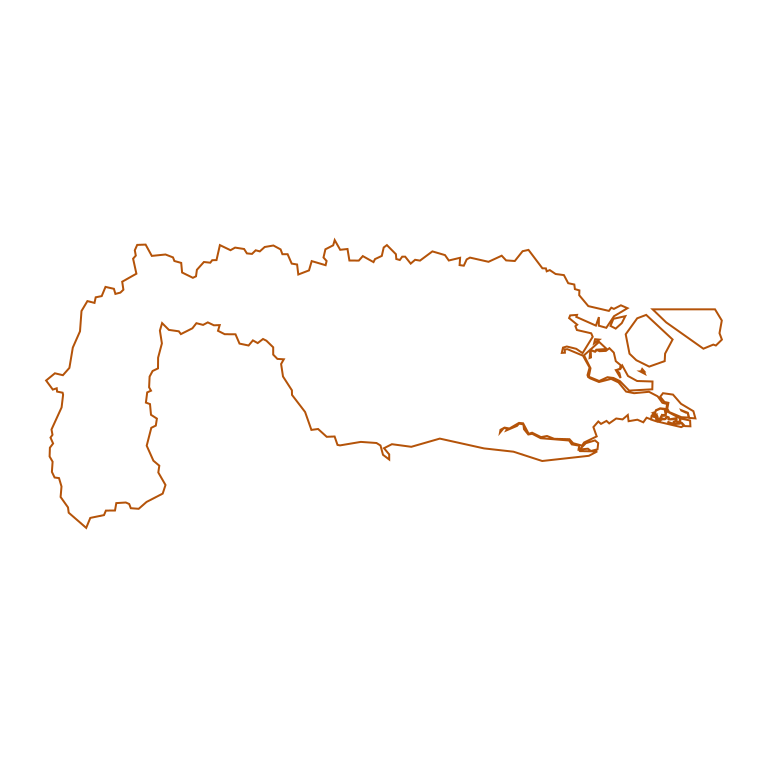 outline of Nunukan, Kalimantan Timur, Indonesia
{"feature_id": "22746128B24707766174966", "entity_name": "Nunukan", "entity_type": "district", "adm_level": 2, "iso_a3": "IDN", "parent_name": "Indonesia", "parent_adm1": "Kalimantan Timur", "projection": "mercator", "projection_center": [117.147, 3.905], "detail": "fine", "context": "isolated", "style": "outline", "palette": "amber", "viewbox_px": 768, "rotation_deg": 0, "n_neighbors": 0, "source": "geoboundaries", "source_scale": "gbopen_adm2", "svg_char_len": 6109}
<svg xmlns="http://www.w3.org/2000/svg" viewBox="0 0 768 768"><path d="M389.2,459.5L389.2,454.4L384.0,448.2L391.9,444.2L411.3,446.8L439.8,438.6L484.0,448.4L513.5,451.7L542.2,461.0L588.9,455.8L597.2,451.4L579.9,451.1L578.5,449.3L579.4,445.7L571.8,444.4L569.1,440.5L540.7,438.2L532.2,433.8L528.3,434.5L524.0,429.2L523.4,424.4L519.1,423.6L517.0,425.9L506.4,430.4L507.4,428.7L503.8,428.0L500.0,432.6L500.5,429.8L504.6,427.6L509.4,428.5L519.0,422.9L523.1,423.3L528.7,433.8L532.1,432.7L541.0,437.1L547.0,436.0L554.2,438.8L569.5,439.2L573.1,443.2L582.0,445.6L584.1,442.5L596.7,436.4L593.4,427.1L598.3,421.5L601.0,423.9L606.5,420.9L609.2,423.4L616.2,418.5L622.6,419.4L627.8,415.0L628.6,421.2L637.4,419.7L643.3,422.3L646.6,417.7L651.1,419.4L651.5,416.0L652.6,414.7L652.8,414.9L652.9,415.2L652.7,415.8L654.1,415.7L654.2,416.8L656.9,416.4L655.0,416.2L654.8,415.4L655.8,414.4L654.0,414.4L653.1,413.4L653.2,412.7L655.2,412.1L655.9,410.2L660.1,408.3L664.8,408.8L666.2,409.9L667.1,404.0L662.4,402.8L657.6,396.3L649.0,391.8L634.1,393.2L626.1,391.6L618.5,382.4L611.1,378.9L599.0,382.0L590.2,378.4L588.1,377.0L587.5,375.1L589.6,367.6L583.0,355.7L567.5,349.2L564.7,349.4L564.9,352.7L561.8,352.9L563.0,347.6L566.8,346.5L576.2,348.8L582.6,353.1L592.7,336.8L591.2,333.3L576.9,330.0L575.4,326.2L577.2,324.7L569.1,318.1L570.2,315.4L577.0,314.9L576.3,316.9L595.9,325.6L598.9,317.1L598.8,325.7L606.3,327.8L614.0,316.2L627.5,308.2L620.9,305.3L613.9,308.9L611.3,307.7L608.9,310.9L588.3,306.1L579.2,295.2L579.4,290.4L574.9,289.1L574.3,284.5L568.2,283.2L563.9,275.1L555.6,274.0L549.8,270.1L546.7,271.3L545.9,268.4L542.4,268.3L528.5,249.9L522.6,251.2L514.8,261.0L506.1,260.4L501.7,255.7L488.5,261.8L470.0,257.6L466.7,259.4L463.8,265.7L459.6,265.1L460.1,257.8L448.8,260.5L445.0,255.1L432.4,251.4L420.0,260.6L415.1,259.8L410.7,263.6L405.2,256.7L402.2,256.7L399.8,260.0L396.3,259.0L395.9,254.2L386.9,245.1L383.7,247.5L381.8,255.9L375.0,259.1L373.5,262.1L362.8,256.1L358.8,260.6L349.4,260.5L347.5,249.0L340.2,249.8L334.7,240.1L333.2,245.3L325.4,249.3L323.5,257.5L326.6,261.0L325.6,265.2L311.7,261.1L309.0,270.4L298.3,274.5L297.1,264.5L291.7,263.6L287.6,254.2L282.4,254.2L280.6,249.4L273.4,245.5L264.7,247.0L259.8,251.4L255.7,250.3L252.0,253.9L246.9,253.4L244.1,249.0L235.1,247.6L230.5,250.2L219.9,245.1L216.5,260.1L212.2,260.2L210.3,262.7L203.9,262.0L196.9,269.8L196.0,276.3L192.9,277.8L182.1,272.5L181.2,262.9L174.4,261.0L173.0,257.4L165.5,254.5L151.8,255.9L145.6,244.6L137.2,244.9L134.8,250.3L135.8,255.6L133.1,258.7L136.4,273.7L122.2,281.7L123.4,289.7L120.4,292.6L115.4,293.9L113.9,288.8L105.5,286.9L101.7,296.1L95.7,297.3L94.5,302.9L87.4,301.1L81.5,311.0L80.0,331.3L72.8,347.6L69.4,367.9L62.9,375.2L54.9,373.3L46.1,380.5L52.8,389.6L56.7,388.3L57.1,391.6L62.6,392.7L63.1,394.7L61.6,407.4L51.5,429.5L52.5,434.8L50.5,437.6L53.1,443.5L49.9,447.7L49.6,456.5L52.6,461.7L51.9,471.9L54.6,477.5L59.0,478.1L61.5,486.5L60.6,497.0L68.0,507.4L68.7,512.7L86.2,527.9L90.3,517.9L104.0,515.1L105.9,510.6L115.0,510.5L116.3,503.1L125.8,502.5L129.2,504.0L130.8,508.2L138.7,508.8L146.6,501.9L162.7,493.6L165.5,485.0L158.3,472.5L159.3,465.7L153.4,460.7L146.7,445.7L151.3,427.8L155.8,425.6L156.9,418.6L151.0,414.8L150.0,404.1L145.9,402.6L147.2,392.4L151.0,390.7L149.1,387.3L149.6,376.6L152.6,371.0L158.0,368.4L158.1,357.7L161.9,343.4L159.9,330.6L162.1,323.1L168.9,329.9L178.8,331.3L180.9,334.1L192.4,328.3L196.4,323.2L203.1,324.9L207.8,322.4L213.9,325.3L219.7,325.1L218.0,330.8L224.7,334.2L235.5,334.3L239.5,343.6L248.6,345.5L252.9,340.4L257.7,343.1L263.0,339.0L266.4,340.7L273.2,347.3L273.2,354.6L277.4,358.9L283.8,359.3L281.1,364.0L283.0,376.5L291.9,390.3L292.0,394.9L305.1,412.0L311.4,429.9L318.1,429.0L326.7,436.8L334.6,436.5L337.5,444.9L340.0,445.4L360.8,441.9L376.5,443.0L380.5,445.5L383.0,454.8L389.2,459.5ZM715.0,309.3L652.6,309.3L666.2,322.4L703.4,348.7L713.3,344.6L715.9,345.5L721.9,339.6L719.5,333.2L721.8,320.5L715.0,309.3ZM646.2,314.9L637.2,318.3L625.7,334.3L629.5,353.7L636.3,360.2L649.2,366.6L664.7,361.1L665.1,353.6L672.6,339.5L646.2,314.9ZM606.7,349.0L599.1,341.9L584.0,355.3L590.5,368.2L588.8,376.7L599.2,381.0L607.5,377.2L613.5,378.0L619.9,381.1L629.2,390.6L652.3,389.3L652.5,381.5L637.1,381.0L628.0,376.0L622.3,365.6L620.3,369.1L616.3,370.0L619.4,373.0L620.6,378.0L615.9,370.2L620.0,368.7L620.6,365.1L615.8,361.2L613.8,352.6L609.4,348.2L605.9,350.9L599.5,351.2L596.9,350.0L595.1,351.8L590.7,350.3L591.0,357.4L589.6,358.0L590.4,349.9L595.0,351.5L596.3,349.7L606.7,349.0ZM673.0,394.6L663.0,393.2L660.2,396.8L664.5,402.0L668.4,402.8L667.3,408.6L669.1,412.0L681.4,417.2L688.7,417.6L687.6,412.8L686.0,412.7L681.3,410.5L681.1,410.1L687.9,412.8L689.2,417.9L695.4,418.4L693.4,411.2L681.0,403.8L673.0,394.6ZM615.7,328.6L621.8,323.1L625.3,316.2L613.4,318.8L610.5,325.9L615.7,328.6ZM597.5,449.3L598.2,443.1L595.0,440.4L585.8,443.2L579.6,449.5L587.9,448.7L590.9,451.0L597.5,449.3ZM672.1,419.4L668.8,419.5L668.3,419.1L668.5,417.4L667.0,416.9L665.5,419.1L663.9,419.4L661.6,418.5L661.3,419.8L658.5,421.8L681.2,427.1L683.7,425.9L681.4,423.0L679.5,423.7L674.9,424.0L674.2,423.6L673.9,422.3L673.5,423.7L672.7,423.9L667.4,421.7L673.0,423.7L673.7,421.8L674.6,422.2L674.6,423.8L679.7,423.3L675.2,420.8L676.1,418.4L672.1,419.4ZM669.3,419.3L676.1,418.2L676.7,419.1L675.4,420.7L679.8,422.3L679.9,418.3L666.5,411.1L665.7,415.3L663.9,415.9L662.0,415.1L661.8,416.5L661.1,417.6L660.4,418.1L664.9,419.1L666.5,416.9L667.4,416.8L668.7,417.3L669.3,419.3ZM658.5,419.5L656.5,420.5L661.3,419.6L660.2,418.1L662.0,414.9L665.7,415.0L664.7,409.4L660.4,408.7L655.9,410.6L655.3,412.5L653.3,413.0L655.9,414.3L655.2,416.0L657.1,415.6L657.2,416.4L656.1,417.3L656.5,417.4L657.1,416.7L657.5,416.8L657.6,417.6L658.4,418.9L658.5,419.5ZM690.1,420.5L680.5,418.5L680.1,422.3L681.8,422.8L684.9,426.1L690.4,426.3L690.1,420.5ZM658.5,419.5L657.5,417.8L657.3,416.8L656.4,417.6L654.0,416.9L652.6,416.0L652.6,414.9L651.7,416.1L651.2,419.6L657.8,421.8L659.6,420.3L656.5,420.8L656.2,419.3L658.5,419.5ZM599.3,339.6L595.1,339.2L594.1,343.3L599.3,339.6ZM644.9,373.9L643.8,371.2L640.1,371.4L644.9,373.9ZM643.8,370.9L642.2,369.0L641.5,370.4L643.8,370.9Z" fill="none" stroke="#b45309" stroke-width="2"/></svg>